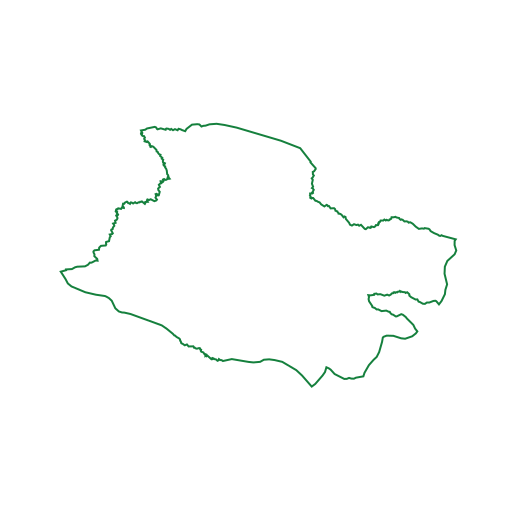 Ku Kaeo, Udon Thani, Thailand (Equal Earth projection), rotated 313°
{"feature_id": "78962969B3377071632893", "entity_name": "Ku Kaeo", "entity_type": "district", "adm_level": 2, "iso_a3": "THA", "parent_name": "Thailand", "parent_adm1": "Udon Thani", "projection": "equal_earth", "projection_center": [103.169, 17.167], "detail": "fine", "context": "isolated", "style": "outline", "palette": "green", "viewbox_px": 512, "rotation_deg": 313, "n_neighbors": 0, "source": "geoboundaries", "source_scale": "gbopen_adm2", "svg_char_len": 6143}
<svg xmlns="http://www.w3.org/2000/svg" viewBox="0 0 512 512"><g transform="rotate(313 256 256)"><path d="M269.4,86.3L268.5,88.9L267.6,89.4L267.5,88.2L266.9,88.5L266.4,90.5L266.7,91.7L267.3,92.3L266.8,94.0L265.4,94.3L265.0,95.8L263.9,96.3L264.9,98.4L265.7,98.2L265.9,98.5L265.6,101.8L265.3,102.3L264.6,102.4L264.5,103.5L263.8,104.2L264.0,104.8L265.3,104.9L265.9,106.4L265.7,110.8L264.7,112.0L265.1,113.2L264.5,114.4L264.4,116.0L264.9,117.1L263.8,117.7L263.9,120.5L262.9,120.7L263.1,122.5L262.0,123.0L261.1,124.2L261.7,126.2L261.1,126.4L260.0,125.8L259.6,126.1L259.3,126.9L259.6,128.5L258.8,129.1L258.5,130.8L257.6,132.5L255.3,135.2L255.2,136.5L253.8,138.7L253.6,140.1L253.0,139.7L252.9,138.0L251.6,138.7L250.2,138.2L249.8,137.7L249.6,136.3L248.5,135.8L248.2,135.9L247.8,137.2L246.6,137.4L246.0,136.9L245.9,135.4L245.6,135.2L244.6,137.1L243.6,136.5L241.8,136.4L241.0,138.6L238.6,138.4L237.6,139.7L237.3,141.8L234.1,143.5L233.5,143.1L233.8,141.8L233.6,140.8L232.8,140.4L231.9,142.0L230.1,142.7L229.7,145.1L228.6,145.2L226.8,144.3L225.7,140.3L224.0,139.6L223.3,138.0L222.4,138.2L221.8,139.9L220.0,138.2L218.9,139.1L218.3,139.2L218.1,135.3L217.1,135.0L216.7,134.3L215.8,134.3L215.2,133.5L213.5,133.0L213.0,132.3L212.9,130.9L210.6,130.3L210.3,128.6L209.8,127.9L208.2,128.3L208.0,127.1L207.5,126.5L207.9,124.9L207.7,124.5L205.5,123.7L204.4,124.0L203.6,123.1L201.5,124.4L201.4,126.2L201.0,126.6L199.9,124.9L198.4,125.2L196.9,122.7L195.7,122.9L195.2,122.1L194.7,122.0L192.9,123.0L192.9,123.5L193.6,123.9L193.6,124.4L192.4,125.1L192.3,126.8L191.7,127.0L190.8,126.1L190.2,126.2L189.7,128.2L188.9,129.1L187.4,129.4L185.7,128.8L184.5,130.7L182.3,129.4L181.8,131.4L181.4,131.8L179.3,131.9L178.0,132.8L176.7,132.2L176.1,132.4L174.9,135.8L174.0,135.8L172.0,134.4L171.3,136.3L170.0,136.3L166.6,138.4L164.1,136.8L163.3,137.3L162.2,138.7L161.2,138.9L157.7,135.7L155.2,135.6L153.5,136.9L150.0,134.0L148.5,134.0L147.7,134.9L147.1,136.7L145.6,137.9L145.6,141.8L144.5,143.3L143.4,141.8L139.6,140.5L138.5,139.9L137.9,139.0L135.0,139.1L131.8,138.0L126.3,132.6L124.4,131.4L120.9,130.3L116.6,126.2L116.1,126.8L111.4,123.9L109.2,132.5L107.6,137.1L107.9,141.8L113.1,155.9L118.5,165.3L123.7,172.8L124.2,174.2L124.9,177.1L124.9,181.0L121.8,188.8L121.9,193.5L123.3,196.5L124.8,198.3L128.0,203.8L141.0,234.4L141.9,240.4L142.4,248.2L142.2,250.5L142.6,251.0L142.6,253.1L143.3,256.0L143.2,257.3L142.3,258.3L142.3,259.2L141.3,260.7L141.3,261.2L141.7,261.9L142.1,264.8L144.2,265.8L143.9,268.4L147.2,271.8L146.7,273.3L147.2,273.6L147.2,274.7L147.9,276.0L149.9,277.2L150.3,278.1L149.6,278.9L150.0,279.8L148.9,280.5L148.7,281.3L149.6,283.3L149.2,284.7L149.7,286.0L149.0,285.9L148.9,286.8L148.4,287.2L149.0,287.4L149.0,288.1L150.0,288.0L150.1,293.9L150.6,294.3L150.9,293.6L151.6,293.6L152.2,295.0L152.2,295.9L153.1,297.3L153.1,299.3L154.0,299.7L155.3,299.2L155.5,300.8L156.4,301.9L156.6,303.4L164.1,308.6L173.4,322.7L176.4,326.7L181.4,331.2L185.5,332.5L189.4,336.1L192.6,340.6L196.5,347.4L200.0,363.3L200.0,371.2L198.5,385.8L202.8,386.6L214.0,386.2L218.2,385.6L222.6,383.4L223.5,385.9L223.8,388.1L223.3,394.0L226.3,404.4L228.1,406.2L230.3,407.2L231.4,409.4L233.1,411.3L235.2,412.1L241.2,416.6L244.6,415.0L253.2,413.0L260.3,412.8L264.5,413.1L269.7,411.6L279.1,406.8L282.8,404.4L283.9,404.4L286.9,405.9L291.3,410.9L294.8,418.3L297.2,421.5L303.8,425.0L308.4,425.7L310.9,425.4L311.4,421.9L312.9,418.1L313.2,408.9L313.5,407.2L313.2,403.5L312.5,401.9L307.8,400.1L307.1,399.4L306.6,396.3L305.9,395.0L305.9,393.3L306.4,391.9L305.7,391.0L304.9,388.5L301.3,385.4L300.3,381.8L299.2,380.7L299.0,378.1L298.3,376.9L298.1,375.6L298.7,375.1L300.0,369.6L301.3,367.7L303.1,366.6L304.0,364.9L305.2,366.5L308.2,368.9L309.0,368.3L310.7,369.7L310.8,371.1L312.9,373.0L314.5,376.9L317.2,378.3L317.9,380.3L319.8,380.9L321.2,380.8L322.5,381.8L323.2,381.4L323.9,381.9L324.1,383.0L325.2,383.2L325.7,384.1L326.9,384.2L327.8,385.2L328.5,385.1L328.5,386.2L328.9,386.1L329.7,387.9L331.1,389.6L331.0,390.6L332.6,391.3L332.6,394.2L331.6,395.2L331.7,397.6L333.0,402.4L334.3,403.6L333.5,406.0L334.1,407.2L334.9,410.6L336.2,412.2L338.5,412.7L340.2,414.5L344.1,416.4L345.6,417.7L345.9,418.7L345.4,422.8L349.6,422.4L356.9,420.2L360.4,417.6L365.6,415.1L371.6,406.0L377.0,401.4L382.9,399.3L392.7,400.1L396.6,398.7L399.4,393.8L402.5,391.0L404.4,390.7L398.1,378.9L397.7,377.5L396.5,377.2L395.8,376.2L395.6,374.4L394.2,370.7L393.3,366.8L393.8,364.7L393.6,363.6L391.4,360.3L390.5,360.2L389.4,358.6L386.9,356.6L386.4,352.7L386.5,348.8L386.2,347.1L385.8,345.7L384.5,344.9L384.6,343.6L384.0,342.4L382.5,341.0L382.5,338.6L381.9,337.3L381.2,337.2L381.0,335.9L381.4,334.8L379.9,332.3L379.8,331.3L378.2,330.3L376.8,328.7L375.4,329.5L373.9,328.8L373.4,329.1L372.6,328.8L372.1,328.3L371.5,326.8L370.5,326.7L370.2,325.0L368.7,324.9L366.9,322.9L365.6,323.4L364.6,322.8L363.6,323.6L363.1,323.2L362.5,324.0L361.8,324.2L360.3,322.6L359.1,323.0L357.6,322.6L356.3,320.3L355.5,320.7L355.1,320.1L354.4,320.3L353.4,318.3L350.5,318.0L350.0,317.0L350.4,311.5L348.5,310.8L348.5,309.2L347.1,308.3L346.1,306.0L343.7,305.4L343.0,303.4L343.8,301.4L344.4,296.4L345.6,294.8L345.2,293.7L344.0,293.6L344.5,290.5L344.3,289.0L343.3,287.5L343.7,287.1L343.7,285.9L344.1,285.1L343.3,283.2L344.2,281.9L344.2,280.5L341.7,278.1L342.3,275.3L341.5,274.6L341.8,273.6L341.6,272.8L338.9,272.2L338.2,268.4L338.6,266.0L337.9,264.3L337.6,262.7L336.9,261.8L337.4,258.3L336.9,257.6L335.9,257.4L335.5,256.2L335.9,255.7L336.5,255.8L337.2,254.0L337.9,253.9L338.6,253.0L339.3,253.7L340.1,253.7L340.3,254.6L341.0,254.7L341.6,253.7L343.8,253.1L344.1,251.4L343.9,250.6L345.6,250.5L347.0,247.6L350.4,245.6L350.8,243.8L352.0,243.9L354.3,243.4L354.5,242.0L356.2,240.2L357.6,240.7L360.4,240.3L360.9,239.7L361.6,232.0L362.3,231.7L365.0,214.8L357.3,195.6L336.7,154.3L330.4,143.7L325.8,137.0L320.6,132.2L316.9,130.2L315.3,128.7L313.5,127.8L313.6,124.9L312.4,123.2L308.4,119.6L301.6,118.5L299.0,119.1L297.6,115.9L297.3,114.6L296.2,112.6L294.5,112.9L293.5,110.2L291.4,109.5L291.1,107.3L289.7,107.1L289.4,105.4L288.2,103.6L287.7,103.4L286.7,103.8L284.4,99.3L281.5,97.6L281.4,96.9L281.9,95.4L281.4,93.9L274.9,89.3L272.9,88.9L269.4,86.3Z" fill="none" stroke="#15803d" stroke-width="2"/></g></svg>